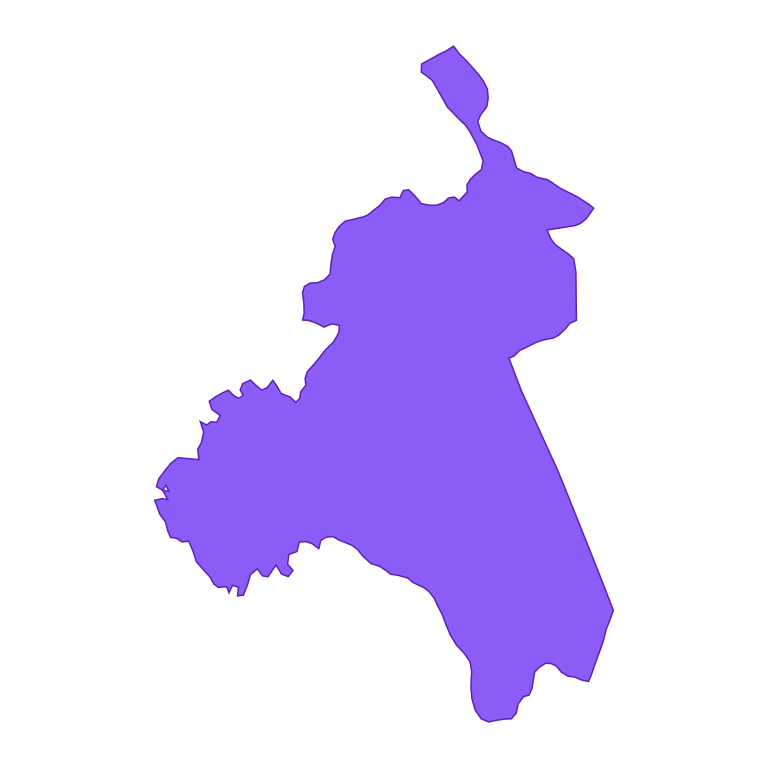 Araquari, Santa Catarina, Brazil
{"feature_id": "56859067B70811367539242", "entity_name": "Araquari", "entity_type": "district", "adm_level": 2, "iso_a3": "BRA", "parent_name": "Brazil", "parent_adm1": "Santa Catarina", "projection": "natural_earth1", "projection_center": [-48.775, -26.443], "detail": "fine", "context": "isolated", "style": "filled", "palette": "violet", "viewbox_px": 768, "rotation_deg": 0, "n_neighbors": 0, "source": "geoboundaries", "source_scale": "gbopen_adm2", "svg_char_len": 3299}
<svg xmlns="http://www.w3.org/2000/svg" viewBox="0 0 768 768"><path d="M593.7,208.2L589.2,204.5L577.3,196.8L560.1,188.2L552.0,182.6L547.2,179.5L541.9,178.5L536.8,177.2L530.4,173.3L523.3,171.7L516.6,167.9L513.8,158.8L511.5,151.0L507.9,146.5L501.4,143.0L494.0,140.2L487.7,137.4L480.9,131.1L477.8,121.6L480.6,114.9L486.8,106.7L488.2,98.2L487.4,89.0L483.2,80.8L478.4,74.2L467.3,61.7L459.2,53.7L453.6,46.1L445.9,51.1L439.5,54.1L421.6,64.0L421.3,72.1L427.2,76.4L432.2,80.3L437.1,88.7L447.4,107.1L459.5,119.5L465.3,125.0L469.9,131.6L477.0,144.9L483.1,160.9L481.4,169.6L475.3,174.4L469.9,179.8L466.9,185.2L467.3,192.1L462.8,196.7L459.0,200.8L454.4,197.1L448.5,198.0L443.7,202.5L437.1,205.1L430.0,205.3L421.3,203.6L415.0,196.0L408.6,189.7L403.3,190.6L399.9,197.7L391.7,197.1L385.2,199.1L379.8,205.5L373.5,210.3L367.8,215.0L362.8,217.0L354.3,219.1L345.3,221.1L339.2,226.5L335.2,232.3L332.7,239.1L335.2,246.6L332.4,254.6L330.8,265.6L330.1,273.9L324.7,279.7L317.2,282.8L310.2,283.1L304.5,286.4L302.5,292.5L303.9,303.7L304.2,313.0L302.6,320.0L308.2,320.4L316.1,323.0L324.0,327.1L332.1,323.8L339.2,325.4L338.9,332.5L333.7,341.8L328.5,346.8L324.3,351.3L318.6,358.7L312.9,365.4L307.4,371.6L305.1,378.3L305.9,385.2L300.6,391.9L299.8,398.3L295.8,402.3L289.9,396.9L281.2,393.6L276.7,385.7L272.7,380.3L267.2,387.6L261.7,390.2L256.5,385.7L250.3,380.0L242.7,383.7L240.2,389.8L243.2,395.6L238.5,398.3L233.5,395.3L228.3,390.2L222.7,392.8L215.7,396.7L209.2,401.3L212.0,409.5L220.2,415.5L216.6,422.4L211.1,421.7L206.6,425.0L200.3,421.6L203.7,431.9L201.4,442.6L197.8,449.1L198.8,459.6L187.9,458.6L178.0,457.7L170.9,463.3L165.1,470.5L158.9,478.6L156.4,486.7L162.6,490.1L167.7,499.6L162.3,498.6L154.7,500.3L156.9,506.0L159.6,513.8L165.4,521.9L168.2,532.1L170.7,537.5L176.3,538.2L182.0,541.9L188.7,541.2L193.0,551.1L196.4,561.7L204.7,571.2L209.8,576.8L213.8,584.0L218.3,587.3L226.7,586.7L229.0,592.7L232.5,585.3L238.4,587.3L237.5,595.9L243.3,595.2L247.5,584.9L250.4,574.7L257.4,568.8L262.4,575.8L268.0,576.8L272.7,569.7L276.2,565.2L281.5,574.1L288.3,576.6L293.0,570.4L287.6,564.3L288.8,554.5L297.0,551.5L299.2,542.0L306.0,541.6L312.2,543.7L318.8,548.7L320.8,540.5L326.0,537.2L333.2,536.6L338.6,539.9L343.7,541.9L352.0,545.3L357.7,549.7L362.8,556.1L371.0,563.6L379.6,566.3L385.5,570.1L390.6,574.2L398.5,575.4L407.5,577.9L412.8,582.3L418.2,585.0L424.3,587.9L428.8,591.4L434.2,598.1L437.6,605.6L442.0,614.1L446.0,624.6L450.2,634.8L456.4,645.0L464.3,653.4L469.9,661.6L471.7,671.4L471.2,680.5L471.0,687.9L471.9,698.4L475.1,710.0L481.2,718.8L488.7,721.9L497.0,720.2L504.5,719.1L511.4,718.8L516.2,713.3L518.2,703.8L523.5,696.7L529.1,695.0L532.0,688.3L533.1,681.5L534.7,672.0L539.3,667.3L545.7,663.2L551.4,663.6L556.2,666.0L561.5,672.3L567.9,676.1L575.0,677.2L582.0,680.1L588.5,681.5L591.0,675.7L594.6,665.3L598.3,655.1L601.1,647.3L603.6,639.8L606.3,629.0L610.4,618.8L613.3,610.4L609.6,600.5L604.7,587.9L590.7,552.4L563.2,483.7L557.3,469.5L521.6,391.3L509.0,358.3L514.1,355.9L520.0,350.2L528.1,346.5L535.1,342.8L541.9,340.4L547.8,339.0L553.2,338.1L559.0,334.9L566.0,328.2L569.7,323.4L576.4,320.4L575.9,271.7L573.7,258.7L568.9,254.4L563.8,250.9L555.1,244.5L550.7,238.7L547.2,230.0L575.4,225.5L580.4,223.5L586.3,218.7L593.7,208.2ZM162.6,490.1L165.9,485.4L169.0,491.4L162.6,490.1Z" fill="#8b5cf6" stroke="#5b21b6" stroke-width="1.5"/></svg>